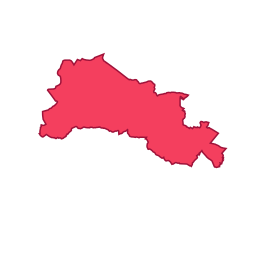 outline of Hamcearca, Tulcea, Romania, rotated 313°
{"feature_id": "2599482B65453022106945", "entity_name": "Hamcearca", "entity_type": "district", "adm_level": 2, "iso_a3": "ROU", "parent_name": "Romania", "parent_adm1": "Tulcea", "projection": "natural_earth1", "projection_center": [28.38, 45.133], "detail": "fine", "context": "isolated", "style": "filled", "palette": "rose", "viewbox_px": 256, "rotation_deg": 313, "n_neighbors": 0, "source": "geoboundaries", "source_scale": "gbopen_adm2", "svg_char_len": 5875}
<svg xmlns="http://www.w3.org/2000/svg" viewBox="0 0 256 256"><g transform="rotate(313 128 128)"><path d="M129.1,36.1L127.4,36.8L125.7,37.7L125.1,37.9L123.6,37.7L122.1,37.9L120.9,38.4L119.8,39.3L119.2,40.7L119.6,43.0L119.4,43.6L118.3,45.1L117.0,46.5L115.4,47.9L114.3,48.3L112.9,48.3L111.1,47.7L109.3,46.9L108.2,47.6L107.4,47.7L106.7,47.5L105.7,46.9L102.3,43.6L101.5,43.2L100.8,43.4L99.9,48.7L98.9,53.9L98.3,56.6L99.0,57.3L99.1,58.4L98.8,58.7L97.3,59.0L95.6,59.1L95.1,58.9L94.4,59.0L93.6,58.8L93.0,58.4L91.7,58.3L90.3,58.4L89.2,57.7L88.5,57.5L86.9,57.4L81.8,54.3L79.3,56.7L76.5,60.0L74.8,65.4L73.6,65.1L72.7,64.8L71.7,63.7L71.4,62.7L70.8,62.4L70.2,63.4L69.8,63.6L68.8,63.5L68.4,64.0L65.6,65.8L64.1,67.3L63.4,66.9L62.8,69.1L63.0,71.2L63.2,71.6L63.7,72.0L67.6,72.7L68.2,76.4L68.9,78.6L69.9,79.8L70.2,80.4L70.8,80.8L70.9,81.4L70.8,81.9L71.3,82.6L71.9,82.8L73.0,82.9L73.3,83.3L73.3,84.2L74.3,84.9L74.7,85.5L74.7,86.2L74.6,86.6L74.8,86.8L75.2,86.9L75.6,87.3L76.7,87.7L77.1,87.6L79.6,88.4L80.4,87.8L81.8,87.9L82.1,87.6L82.8,88.2L84.6,87.9L86.8,88.3L87.8,88.1L88.2,87.6L88.7,87.3L89.6,87.2L90.1,87.5L91.0,87.7L91.4,88.0L93.3,88.7L93.9,89.3L94.0,90.1L93.8,90.9L93.8,91.9L94.6,92.9L95.0,93.7L96.8,94.5L97.9,94.7L98.6,95.1L98.9,95.5L99.6,96.9L100.6,98.2L102.1,99.9L102.7,99.8L103.8,101.0L104.0,101.2L104.4,102.4L105.3,103.1L106.0,104.0L106.8,104.4L107.0,104.7L108.4,105.9L109.1,106.2L109.3,106.9L109.6,107.1L109.6,107.8L110.2,109.0L111.0,109.7L111.1,110.3L111.7,110.8L112.0,111.3L112.0,111.6L112.6,113.0L112.7,113.6L113.2,114.6L113.2,114.9L113.1,115.0L113.0,115.7L113.1,116.7L113.6,116.8L114.0,117.3L114.2,118.8L114.4,119.3L115.0,120.0L116.8,120.7L117.3,121.0L117.7,121.6L119.2,122.3L119.5,122.6L119.5,123.0L119.4,123.2L117.1,125.7L118.6,126.3L119.3,126.9L120.0,127.2L120.7,127.3L121.6,127.2L122.8,127.6L124.0,128.4L124.7,128.6L126.5,128.7L126.5,128.9L124.5,130.7L124.0,131.2L123.9,131.9L123.8,132.6L123.6,133.7L123.2,134.6L123.2,135.2L124.0,136.8L124.7,137.5L124.9,137.9L125.3,138.2L125.5,138.6L126.2,139.8L126.9,140.0L127.2,140.3L127.7,141.2L128.0,141.6L128.2,142.3L128.5,142.8L129.3,142.9L132.4,146.3L132.6,146.7L133.9,147.9L133.4,148.1L131.9,148.1L132.3,149.0L132.3,150.0L131.5,152.4L130.1,152.9L129.5,152.9L128.8,153.5L128.4,153.7L127.1,154.9L126.8,155.8L126.4,156.5L126.2,156.9L126.4,157.5L127.0,157.7L127.1,157.8L127.7,159.0L127.7,159.7L127.9,160.1L127.8,160.7L127.9,161.1L127.7,162.8L128.2,164.0L128.2,164.4L127.9,165.5L127.7,166.0L127.6,166.6L127.9,167.6L128.3,168.4L128.7,169.4L128.7,170.7L129.0,173.1L129.2,173.5L129.7,173.9L130.4,173.9L130.9,174.1L130.5,174.6L130.2,175.2L129.8,176.6L129.7,177.8L130.0,178.4L130.7,178.8L131.7,179.7L132.0,180.3L132.1,182.1L131.4,184.9L132.1,185.2L132.4,185.6L135.0,186.3L135.6,186.9L135.9,187.9L136.8,189.0L137.3,189.4L137.2,190.2L141.6,195.4L141.9,196.1L142.5,199.0L142.8,199.1L143.0,199.4L143.1,200.5L145.2,199.9L146.1,199.3L146.2,199.0L146.8,198.9L147.6,199.1L149.6,198.8L153.0,199.1L153.9,198.8L154.6,197.1L155.4,197.3L157.1,197.5L156.8,198.4L158.2,198.1L158.5,197.3L160.2,197.6L161.8,197.5L161.1,199.5L160.7,204.4L160.5,205.1L160.6,206.9L160.5,207.4L160.6,208.1L160.9,209.0L161.2,211.6L161.1,212.1L158.6,217.6L158.6,218.0L159.1,218.5L159.4,219.5L162.2,221.3L162.6,220.5L163.0,220.6L163.2,220.3L163.9,220.3L164.5,220.6L165.2,219.3L165.9,220.8L168.2,219.6L168.5,219.6L168.7,219.8L169.6,219.6L169.3,218.9L170.4,218.2L170.6,218.5L170.8,218.5L171.5,218.0L170.9,217.2L172.4,216.7L173.0,216.2L173.3,215.2L173.5,213.9L179.9,213.7L178.3,211.3L177.3,209.4L177.0,208.6L177.0,207.7L176.5,205.3L176.0,204.3L175.7,203.0L173.1,198.5L185.8,197.7L184.3,190.3L183.7,188.2L183.6,187.1L182.5,186.4L182.2,185.8L182.1,185.0L182.2,184.8L183.0,184.7L184.0,184.8L186.1,183.8L187.1,183.4L185.8,181.0L184.6,180.0L184.1,180.0L183.8,179.9L183.4,178.3L182.6,177.0L181.9,176.9L180.9,177.2L180.7,177.7L180.3,178.4L180.2,178.9L179.8,179.5L178.7,179.9L178.4,180.2L177.1,180.3L176.6,179.2L176.3,178.9L176.1,178.1L175.3,178.2L174.8,177.0L174.2,176.8L173.9,175.3L171.6,175.6L171.0,173.1L169.6,173.2L169.3,171.4L168.8,170.1L169.2,169.8L169.1,169.2L168.7,167.8L168.3,167.1L168.0,166.0L168.7,165.4L171.1,162.5L171.9,162.5L172.5,162.2L173.6,162.5L174.3,162.4L175.5,161.7L176.1,160.8L177.5,160.2L178.3,158.5L178.8,158.3L179.0,157.9L178.8,157.3L178.3,157.1L178.3,156.7L178.1,156.3L178.1,155.7L180.4,155.7L180.2,155.1L180.1,154.6L179.6,153.7L179.5,151.6L179.8,151.3L179.9,150.7L180.3,150.3L181.0,149.9L181.0,149.7L182.0,148.9L182.2,148.6L185.2,145.9L186.1,145.3L186.3,145.0L187.0,145.1L187.0,146.2L187.2,147.1L186.0,147.2L186.2,147.8L186.7,147.9L186.6,147.6L187.2,147.6L187.3,148.3L186.6,148.4L186.6,148.8L186.4,149.0L186.5,149.2L188.7,149.2L189.3,149.1L189.6,149.4L191.8,149.8L193.2,149.7L192.0,147.3L191.2,146.4L190.5,144.1L189.9,143.2L189.4,142.7L189.0,141.7L186.8,139.7L186.3,138.4L184.9,136.6L183.6,135.3L182.7,134.9L182.4,134.3L181.9,133.8L181.8,133.5L180.8,132.8L180.7,132.6L180.2,132.3L179.2,132.3L178.1,131.2L176.9,130.6L174.2,128.5L173.1,127.9L172.4,127.7L171.7,127.8L171.5,127.4L171.6,126.7L172.3,125.3L172.5,124.2L172.3,123.5L171.7,122.8L172.0,122.6L172.3,121.8L172.6,121.6L174.7,121.1L175.0,120.9L175.4,119.7L175.5,119.5L176.9,118.9L177.5,118.5L178.1,117.7L177.8,116.7L177.8,116.1L178.0,114.8L178.0,113.3L177.7,112.4L176.1,110.9L174.0,110.1L173.1,109.4L170.5,107.8L169.9,107.2L169.1,106.9L168.5,106.3L168.3,105.7L168.4,105.2L168.8,103.8L168.7,103.1L169.0,101.5L168.9,101.1L168.1,100.1L166.9,99.4L166.1,98.6L165.6,97.9L165.2,96.7L164.9,96.5L164.8,96.2L163.8,96.2L164.1,96.1L163.7,92.8L162.7,81.3L161.1,67.5L160.9,67.5L160.9,66.0L160.6,64.3L161.2,63.0L161.4,62.2L161.9,61.5L163.6,60.6L165.5,59.8L161.3,57.8L156.6,55.5L155.7,55.9L152.7,54.8L151.5,54.0L149.2,51.0L148.0,48.9L147.5,47.2L144.8,47.2L143.6,44.3L137.3,45.4L138.1,42.7L138.4,40.7L137.9,39.1L134.5,35.5L133.3,34.8L132.6,34.7L130.4,35.9L129.1,36.1Z" fill="#f43f5e" stroke="#9f1239" stroke-width="1.5"/></g></svg>